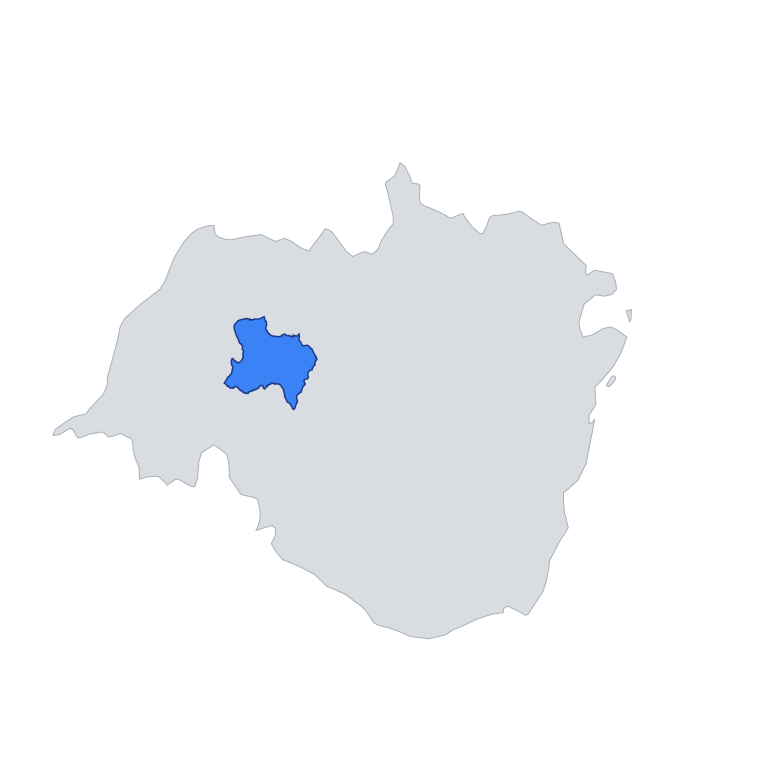 location of Sambour, Krâchéh, Cambodia, rotated 215°
{"feature_id": "14789045B56748216757277", "entity_name": "Sambour", "entity_type": "district", "adm_level": 2, "iso_a3": "KHM", "parent_name": "Cambodia", "parent_adm1": "Krâchéh", "projection": "robinson", "projection_center": [106.055, 13.019], "detail": "fine", "context": "in_parent", "style": "filled", "palette": "blue", "viewbox_px": 768, "rotation_deg": 215, "n_neighbors": 0, "source": "geoboundaries", "source_scale": "gbopen_adm2", "svg_char_len": 8635}
<svg xmlns="http://www.w3.org/2000/svg" viewBox="0 0 768 768"><g transform="rotate(215 384 384)"><path d="M625.8,152.0L627.3,158.0L623.3,169.3L619.1,179.5L611.2,188.4L610.8,195.0L608.1,214.5L609.1,220.8L611.0,226.1L613.6,229.0L620.5,248.1L626.8,265.6L633.0,279.9L634.1,289.0L628.5,311.9L621.9,333.0L622.5,343.5L625.3,354.0L628.4,368.0L629.5,386.0L627.9,397.7L624.9,404.9L619.2,412.4L614.2,416.2L608.2,409.8L603.4,409.6L597.0,411.5L592.0,414.4L581.7,425.3L570.4,435.9L554.6,438.6L548.5,446.5L542.0,447.6L529.5,448.0L521.4,449.9L521.8,453.8L521.1,472.6L521.3,477.0L520.0,478.1L514.4,478.7L504.8,475.8L491.9,471.2L482.7,470.4L478.0,478.6L475.2,481.8L471.7,482.3L468.1,483.7L466.8,487.4L466.5,491.9L468.3,499.7L469.0,512.1L468.5,520.5L471.9,525.9L491.6,543.8L497.4,548.3L498.1,551.0L494.6,560.8L497.7,574.5L491.5,574.2L481.2,568.4L476.3,564.7L470.3,567.6L468.2,567.1L464.2,560.3L458.9,553.4L453.5,553.0L442.0,555.7L430.2,557.6L425.8,557.6L423.9,558.8L417.1,569.1L414.2,567.3L402.4,563.4L391.6,561.9L389.4,564.6L390.7,572.9L393.0,581.1L391.6,584.6L385.7,588.9L377.8,596.6L373.0,602.6L369.7,604.1L357.7,603.8L345.8,604.6L341.1,610.3L336.6,614.7L332.7,616.0L317.2,601.9L286.3,597.0L283.0,590.8L280.0,589.6L277.1,597.7L260.2,605.4L253.1,600.7L247.9,595.1L248.7,588.1L253.6,582.5L262.0,578.4L265.9,564.2L259.6,546.0L254.0,540.7L248.0,536.5L241.8,543.3L236.5,554.9L231.0,560.8L223.3,562.1L211.9,561.7L207.6,544.4L206.2,529.5L207.8,512.6L209.5,502.6L198.7,488.7L198.1,475.6L192.8,468.8L191.3,472.2L191.4,476.0L189.9,473.2L172.8,434.6L170.0,416.7L173.0,402.9L174.8,398.2L169.8,391.0L162.9,382.7L150.6,371.9L149.8,354.8L147.1,334.6L143.5,327.8L137.9,315.4L134.8,305.1L133.9,277.9L135.5,275.7L144.2,274.9L155.4,273.0L157.2,268.6L155.2,265.0L162.4,258.8L172.7,245.3L180.7,231.2L186.4,222.3L189.9,213.5L201.4,200.9L217.4,192.3L228.2,190.3L239.4,187.3L250.2,183.1L255.3,182.7L268.7,187.8L275.9,189.1L283.5,189.0L291.4,189.6L298.2,189.0L314.6,185.5L332.0,188.3L347.5,186.1L366.7,182.0L376.2,184.6L384.8,188.7L386.0,197.0L387.9,200.7L390.8,203.7L394.6,203.7L399.5,197.9L403.6,191.9L405.0,190.8L405.2,193.8L407.2,200.2L410.8,206.6L414.5,210.8L420.7,216.4L424.7,216.7L437.9,211.4L457.6,219.0L459.9,222.9L466.2,230.8L473.1,236.4L488.5,236.7L494.0,222.9L491.3,214.5L482.6,199.8L480.2,191.2L483.0,189.6L497.8,188.0L500.2,186.3L503.5,176.8L507.5,177.9L515.7,179.1L524.4,172.6L529.6,165.8L532.4,168.9L535.5,173.7L538.8,176.4L545.1,180.5L552.0,186.3L556.2,192.0L559.7,194.2L568.5,192.6L570.9,192.9L576.0,186.0L579.6,182.2L582.6,183.3L587.1,183.2L596.2,174.4L601.5,166.4L604.4,164.2L612.6,168.2L615.9,167.4L620.7,156.4L625.8,152.0ZM201.8,521.5L200.1,522.6L198.6,522.5L196.9,521.0L197.1,514.7L198.3,510.9L201.1,510.2L201.8,521.5ZM227.5,582.8L224.1,586.9L218.6,578.3L218.6,575.9L227.5,582.8Z" fill="#d9dde1" stroke="#a8b0b8" stroke-width="1"/><path d="M451.9,358.3L451.5,360.1L451.8,360.5L452.4,360.7L452.6,361.7L452.8,362.7L453.1,362.9L453.5,363.5L453.5,363.8L453.0,365.0L453.0,365.8L453.5,365.9L454.7,366.6L454.8,367.1L455.5,366.7L455.8,367.5L456.0,367.4L457.6,368.3L459.5,369.2L462.7,371.2L464.8,371.3L466.3,371.8L467.2,371.9L468.7,371.8L469.3,371.6L471.3,369.6L472.2,369.0L473.1,368.9L473.8,369.0L476.5,370.7L477.4,371.0L478.5,371.1L478.8,371.2L479.4,372.0L480.5,374.5L481.8,375.5L482.2,376.2L482.5,375.8L482.4,374.0L482.5,373.6L483.8,372.8L484.0,372.8L484.1,372.6L484.5,372.4L484.8,371.7L484.9,371.9L485.0,371.7L485.1,371.9L485.8,372.0L485.7,371.9L485.9,371.8L486.0,371.5L485.8,371.4L485.8,371.0L486.2,370.8L486.1,370.6L486.3,370.4L486.1,370.2L486.3,370.1L486.5,370.3L486.9,370.1L486.9,369.9L487.2,370.0L487.4,369.6L487.7,369.6L488.1,369.2L488.4,369.2L488.5,369.1L488.7,369.3L488.9,369.2L489.3,369.3L489.6,369.3L489.7,369.0L490.2,368.9L490.5,368.4L491.0,368.2L491.3,368.1L491.5,368.0L492.0,368.1L492.3,368.0L492.5,367.8L493.3,368.0L493.9,367.9L494.3,367.7L494.6,366.7L494.8,366.4L495.0,366.5L495.3,365.9L495.6,365.4L495.4,364.9L495.6,364.9L495.7,364.4L496.2,363.8L496.2,363.4L496.4,363.4L496.7,363.1L496.7,362.8L497.0,362.5L497.8,361.9L498.1,361.9L498.1,361.7L498.4,361.5L498.5,361.6L498.8,361.2L499.9,361.1L500.3,360.8L500.7,360.7L501.6,359.8L502.0,359.8L504.2,358.9L504.5,358.9L505.3,359.3L506.4,359.2L506.5,359.0L506.9,358.9L507.6,359.3L508.2,359.3L509.3,360.0L509.7,359.8L510.6,360.7L511.8,360.9L512.6,361.3L512.7,361.7L513.3,362.9L513.9,363.7L513.9,364.1L513.8,364.5L514.3,365.5L514.7,366.0L515.6,366.7L516.1,367.3L516.2,367.7L516.8,367.7L517.4,367.6L517.6,367.7L518.6,368.4L520.1,369.8L520.8,370.4L521.6,369.0L522.7,366.8L524.1,365.1L526.4,363.5L527.2,363.0L527.8,362.5L528.3,361.4L529.4,360.6L529.4,360.4L529.8,360.3L529.8,360.0L530.1,360.0L530.6,360.2L530.7,359.8L531.1,360.0L531.1,359.6L531.6,359.7L531.8,359.4L532.4,359.3L532.5,359.2L533.1,359.4L533.5,359.3L535.0,357.9L538.3,354.4L539.2,353.2L539.9,351.8L540.3,348.7L540.3,346.6L540.0,345.6L539.5,344.8L538.9,344.0L536.7,342.0L533.4,339.6L532.1,338.7L529.1,337.1L526.1,334.9L525.9,334.8L525.6,335.0L525.3,334.7L524.8,334.7L524.0,335.1L523.8,334.7L523.4,334.7L523.2,334.5L523.2,334.3L523.0,334.2L522.9,334.3L522.6,334.0L521.6,334.0L521.6,333.7L520.8,332.9L520.6,332.5L520.5,331.5L519.4,330.9L518.9,330.8L518.1,330.3L517.4,328.9L516.7,327.8L516.2,327.3L516.3,326.9L516.0,326.7L515.9,326.5L515.7,326.0L515.4,326.0L515.0,325.6L514.8,325.6L514.4,324.9L514.5,324.5L514.4,324.3L514.2,323.8L514.5,323.1L514.4,322.3L514.2,321.7L514.4,320.3L514.7,319.9L514.7,319.0L515.0,318.7L515.3,317.7L515.7,317.5L519.0,317.7L519.3,317.5L519.9,317.4L519.9,317.2L520.2,317.4L521.5,318.0L521.9,317.8L522.1,317.9L522.8,318.0L523.0,317.6L522.9,316.8L522.3,315.3L520.4,312.8L519.4,312.1L518.4,311.7L517.3,311.0L517.0,310.5L517.0,309.7L516.8,309.2L515.5,306.7L515.3,305.8L515.0,305.3L514.9,304.3L515.3,303.0L515.3,301.4L515.8,300.2L516.0,299.4L515.6,298.3L515.7,297.8L515.3,297.2L515.5,296.7L515.5,296.1L515.6,295.4L515.4,294.7L515.4,294.2L515.3,293.0L513.8,293.1L512.7,293.0L512.1,292.9L511.1,292.3L510.5,292.5L510.2,293.2L509.5,292.7L508.8,292.9L508.3,292.6L507.8,292.7L507.3,292.4L506.8,293.2L506.1,293.9L505.4,293.7L505.0,294.3L504.8,294.8L504.8,296.2L504.7,296.4L503.0,297.3L501.7,297.1L501.4,297.3L500.4,296.7L499.8,296.5L499.1,296.7L498.6,296.5L498.3,296.6L497.8,296.3L497.4,296.6L497.0,296.5L496.8,296.8L496.2,296.9L495.6,296.6L495.3,296.6L494.8,296.3L494.5,296.8L494.2,296.7L494.0,296.8L493.4,296.5L492.9,296.7L492.5,296.7L492.3,297.0L491.9,297.0L491.7,297.5L491.4,297.4L490.9,297.8L490.6,297.8L490.0,298.2L489.9,298.5L490.2,298.9L490.2,299.3L490.4,299.2L490.4,299.3L490.2,300.1L489.7,300.3L489.3,301.1L489.0,301.2L488.9,301.8L489.0,301.9L488.9,302.3L488.5,302.6L488.3,302.6L487.8,302.8L487.7,303.1L487.8,303.5L487.7,303.9L487.7,304.2L487.5,304.4L487.2,304.3L486.8,304.4L486.6,304.9L486.7,305.5L486.4,305.7L486.3,305.9L485.8,306.0L485.8,306.3L485.5,306.5L485.2,307.0L485.3,307.3L485.1,307.4L484.8,308.0L484.6,308.2L484.7,308.6L484.5,308.8L484.4,309.0L484.5,309.2L484.4,309.4L484.6,309.6L484.6,309.8L484.7,310.0L484.6,310.5L484.6,311.0L484.4,311.5L484.4,311.9L483.9,312.0L482.6,313.1L482.0,312.8L481.2,312.1L480.6,311.7L479.3,311.3L479.0,311.4L478.9,311.9L478.8,313.4L478.9,315.1L478.6,315.5L478.7,315.8L478.3,315.6L478.5,316.2L478.3,316.7L478.1,316.8L478.1,317.0L477.8,317.2L477.7,317.6L477.2,318.1L477.1,318.4L477.1,318.7L476.8,319.0L477.0,320.0L476.3,320.2L475.7,320.5L475.3,320.9L475.3,321.2L475.0,321.1L474.9,321.2L474.6,321.1L473.8,321.6L473.7,321.5L473.3,321.3L473.1,321.7L472.4,322.1L472.3,322.4L471.9,322.6L471.5,322.9L471.3,323.2L470.8,323.3L470.2,323.8L469.6,323.5L469.4,323.9L468.3,323.9L467.0,323.3L466.6,322.9L466.3,322.9L465.8,322.7L465.6,322.7L464.9,322.4L464.3,322.5L463.8,322.1L463.4,322.0L462.7,321.5L462.3,320.6L461.7,320.3L458.9,318.0L458.7,317.6L458.6,317.2L457.8,316.4L457.0,316.2L453.3,314.0L452.4,313.8L450.6,314.1L449.8,314.0L449.0,313.4L446.2,312.5L445.0,311.5L444.6,311.4L443.3,311.4L443.1,312.9L443.2,313.6L444.3,316.7L444.4,317.6L444.5,318.8L444.7,319.8L445.4,320.1L445.6,321.0L446.1,321.2L446.5,321.7L447.1,322.0L447.6,322.2L447.9,322.7L448.0,323.4L448.7,323.9L448.8,324.2L448.8,325.1L448.7,325.4L448.6,325.9L448.2,327.0L448.2,327.6L447.8,328.4L447.8,328.5L447.7,329.3L447.3,329.6L447.2,329.9L447.5,330.5L448.3,333.0L448.6,334.5L449.0,335.5L449.0,336.3L448.3,337.7L448.3,338.2L449.0,339.2L449.4,339.3L449.6,339.5L450.2,339.6L451.0,340.6L451.5,340.9L451.7,341.2L451.6,341.6L451.1,342.7L450.9,343.4L449.6,344.3L449.5,344.7L450.1,346.7L451.4,347.3L451.7,347.5L452.4,349.3L452.5,349.9L452.8,350.8L452.3,352.9L451.9,353.5L451.1,354.2L451.0,354.6L451.0,354.8L451.4,355.3L451.4,355.6L451.9,355.9L452.3,356.7L451.8,357.2L451.9,358.3Z" fill="#3b82f6" stroke="#1e3a8a" stroke-width="1.5"/></g></svg>